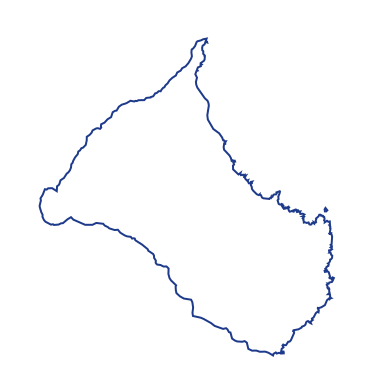 Santo Antonio Das Pombas, Paul, Cabo Verde, rotated 6°
{"feature_id": "66160863B53098387752451", "entity_name": "Santo Antonio Das Pombas", "entity_type": "district", "adm_level": 2, "iso_a3": "CPV", "parent_name": "Cabo Verde", "parent_adm1": "Paul", "projection": "mercator", "projection_center": [-24.994, 17.119], "detail": "fine", "context": "isolated", "style": "outline", "palette": "blue", "viewbox_px": 384, "rotation_deg": 6, "n_neighbors": 0, "source": "geoboundaries", "source_scale": "gbopen_adm2", "svg_char_len": 6048}
<svg xmlns="http://www.w3.org/2000/svg" viewBox="0 0 384 384"><g transform="rotate(6 192 192)"><path d="M42.0,214.2L42.6,216.2L41.9,221.5L42.2,223.0L44.2,227.8L45.8,230.3L45.9,232.3L47.6,235.2L49.4,236.9L55.2,239.2L57.1,238.6L58.2,239.2L62.8,238.3L65.1,236.8L66.9,236.5L71.1,232.1L74.3,229.7L76.9,231.9L89.2,235.8L96.5,235.0L100.0,232.8L107.0,232.9L108.7,234.5L112.0,235.7L113.5,236.8L119.0,237.9L122.2,237.3L125.0,240.0L129.6,242.2L132.0,242.9L135.8,243.0L137.3,244.6L138.9,244.1L140.0,244.3L140.4,245.5L141.2,246.2L147.8,249.5L153.8,253.4L154.7,255.0L159.8,257.7L160.8,259.1L161.2,261.5L163.2,264.0L163.3,266.2L164.0,267.1L165.0,267.8L168.3,267.9L171.5,269.1L174.4,268.7L176.7,270.5L177.1,276.0L178.7,280.1L180.5,282.2L186.0,286.5L185.6,287.8L186.2,291.4L187.1,294.2L190.9,297.0L195.0,298.8L202.4,299.2L203.9,301.7L205.2,306.8L205.1,312.1L205.9,315.2L213.9,316.1L217.0,317.1L224.7,320.4L228.5,322.8L237.2,324.9L240.1,323.9L241.6,324.9L243.4,327.5L244.9,327.7L247.2,333.6L250.1,335.2L252.6,335.9L257.5,335.7L260.0,334.8L262.3,336.1L264.4,342.1L268.3,343.5L272.6,343.0L276.2,343.8L281.6,343.1L284.9,343.9L289.7,346.1L290.0,344.4L292.1,342.8L293.2,343.8L295.4,342.8L297.2,343.4L299.9,342.9L299.5,342.3L300.0,341.8L299.7,341.1L297.3,341.5L297.6,338.6L299.2,337.0L298.0,335.2L298.7,334.2L299.9,334.7L301.5,334.5L303.3,330.9L304.7,330.6L305.8,329.2L308.2,321.8L308.2,320.6L307.1,319.8L307.4,318.9L312.3,317.4L315.1,315.4L315.3,314.5L317.4,313.4L318.6,312.2L319.3,309.3L320.3,308.4L321.3,308.3L322.3,309.5L324.1,310.2L323.4,308.7L325.4,306.7L324.8,306.4L324.5,305.4L326.1,303.9L327.8,299.5L329.4,297.9L330.4,298.4L330.5,296.3L329.3,294.8L329.3,294.1L330.5,294.1L332.7,293.1L336.0,290.6L337.6,285.4L339.0,284.0L340.0,284.4L340.5,283.4L341.5,283.0L340.6,282.6L339.9,283.0L340.4,281.5L339.8,279.2L338.0,279.4L339.3,277.7L338.7,275.9L338.7,274.1L338.3,273.5L337.8,274.1L337.1,273.7L336.6,272.7L336.8,271.8L335.7,270.3L336.7,269.4L336.3,268.8L337.6,268.8L338.0,267.7L340.6,266.8L341.3,265.3L340.5,264.7L341.8,263.7L342.1,262.7L340.7,262.2L339.7,263.2L338.2,263.4L337.6,263.0L338.1,261.6L336.4,257.5L335.0,256.8L332.6,257.6L332.1,256.5L334.0,255.4L332.6,254.4L333.6,253.2L333.6,252.5L335.1,251.4L334.9,251.1L335.6,250.1L335.3,249.0L334.8,248.8L335.8,247.9L336.5,246.2L336.4,244.8L337.4,244.3L338.2,242.8L338.1,240.6L336.9,239.8L336.1,237.7L334.8,237.9L335.1,237.2L334.4,236.2L334.4,235.7L336.0,235.3L337.2,234.3L336.6,233.8L336.8,232.6L335.7,232.5L336.7,231.1L335.4,230.1L336.3,229.2L336.0,221.6L335.1,219.3L333.3,219.4L332.9,219.0L333.9,218.2L333.3,218.1L333.6,214.0L333.1,213.6L333.3,212.3L332.5,211.3L332.7,210.7L332.1,210.4L332.6,209.9L332.1,206.9L330.7,207.4L329.3,206.5L327.2,208.3L327.2,207.2L326.3,206.3L326.7,205.0L326.1,203.1L325.6,203.1L325.1,202.3L324.4,202.5L324.2,202.0L322.9,202.0L322.9,201.5L321.8,201.1L320.9,201.4L320.4,203.0L318.1,205.4L318.4,206.1L318.0,207.8L318.6,209.0L318.3,209.4L317.4,209.9L316.1,209.2L316.5,210.5L315.6,210.0L314.4,210.5L314.2,211.7L313.1,212.1L312.1,211.9L311.1,210.1L309.4,210.8L307.5,210.3L306.4,210.7L305.9,208.2L305.5,208.0L305.6,206.8L305.0,206.6L306.0,204.9L304.5,204.7L305.6,204.1L305.4,203.1L306.0,202.6L304.4,202.0L302.0,202.5L301.5,200.9L301.8,200.0L299.3,200.7L299.9,199.6L299.6,199.3L298.5,200.5L297.7,199.6L298.3,199.0L297.7,198.8L297.3,199.6L296.1,199.2L295.8,199.5L296.4,200.1L295.5,199.8L295.2,200.9L293.9,200.7L294.5,199.8L291.3,201.4L290.6,200.8L289.3,198.4L289.3,197.9L290.2,197.3L289.5,196.5L288.5,197.2L288.6,197.7L287.1,197.6L287.5,198.3L287.1,198.6L285.3,199.1L285.1,198.3L284.4,198.4L283.4,197.1L284.0,197.1L284.7,195.5L284.0,196.2L283.3,195.5L283.4,194.9L282.4,194.5L281.8,195.2L280.3,195.2L279.4,194.7L278.0,191.3L278.8,190.1L278.3,187.6L279.4,183.5L279.0,182.7L279.9,181.7L276.0,183.6L276.4,184.6L275.8,185.6L273.8,185.9L273.0,186.8L272.6,188.2L272.0,188.1L271.7,188.9L271.4,188.4L271.2,189.3L269.8,190.2L269.7,190.8L263.6,190.8L262.1,190.1L261.0,188.0L259.5,187.7L259.5,187.3L258.8,188.1L256.7,187.5L252.6,184.2L251.2,182.5L250.9,180.6L249.8,179.1L249.7,178.0L250.7,177.0L250.4,176.1L250.8,175.4L249.5,175.8L249.1,177.2L247.6,177.4L246.2,175.1L246.5,174.3L245.4,174.8L243.5,173.1L242.8,171.3L244.1,170.7L243.5,170.7L243.7,170.3L242.4,171.1L242.6,169.4L241.3,170.0L241.0,169.5L238.9,170.1L238.6,169.4L237.9,169.3L238.2,168.0L236.4,169.7L230.5,165.2L230.0,161.4L231.0,160.3L229.9,158.1L231.5,157.4L231.1,157.0L232.0,156.2L230.5,156.6L228.7,156.1L228.1,156.7L227.1,154.1L225.4,151.7L219.5,146.6L218.8,144.2L218.9,140.5L220.0,140.6L219.9,139.1L220.4,138.0L219.0,138.2L218.4,137.3L217.6,137.3L216.3,134.7L212.9,130.8L206.6,127.1L200.2,118.3L199.2,114.1L199.7,104.1L198.9,101.4L197.8,99.5L195.0,97.5L186.4,87.6L185.0,84.8L184.4,82.1L185.0,77.7L183.0,74.5L183.8,71.2L184.9,70.7L184.2,70.1L184.8,67.5L187.6,66.0L187.2,65.0L188.3,64.2L187.2,63.6L187.1,63.0L190.2,60.2L190.7,58.8L190.6,55.4L190.1,55.3L190.0,54.4L188.7,53.4L188.5,50.8L187.4,49.9L187.0,47.5L187.3,45.4L189.0,43.9L189.8,41.3L191.5,41.7L191.2,40.9L189.8,40.6L190.5,37.9L187.2,38.9L185.0,40.3L181.7,41.5L180.9,42.4L179.8,46.5L178.1,49.2L176.8,50.3L176.8,53.2L177.7,57.0L177.2,59.3L175.0,64.1L172.5,67.7L169.3,69.9L168.0,72.5L164.8,74.7L163.8,77.8L160.6,80.4L158.0,83.3L156.4,86.5L154.4,88.7L153.6,90.7L152.5,91.3L151.0,93.4L150.3,95.1L148.4,95.2L146.5,97.3L145.1,97.7L143.5,100.8L141.1,101.9L141.0,102.3L136.7,103.2L134.9,105.6L129.2,106.3L127.7,107.3L126.1,107.3L125.2,108.0L121.3,107.7L117.4,110.6L113.0,112.5L110.4,114.8L108.5,118.9L107.0,119.3L104.8,120.9L103.7,126.0L100.4,128.5L97.7,132.2L94.6,134.1L94.5,136.0L95.0,137.4L94.0,138.8L91.6,138.4L90.1,138.8L86.7,141.1L85.9,143.6L84.3,145.8L81.6,148.1L81.9,151.7L81.4,156.3L78.9,159.4L77.5,159.9L76.2,162.4L74.7,163.6L74.4,166.3L72.1,169.8L70.6,173.4L70.2,175.5L69.1,176.9L69.1,180.3L68.3,183.2L66.9,185.5L65.5,186.8L63.2,191.4L60.0,194.1L59.3,197.8L58.6,199.2L57.2,200.4L57.4,205.3L52.5,202.8L48.5,203.4L47.2,204.8L45.4,204.6L43.9,210.2L42.0,214.2ZM328.5,196.0L326.4,193.9L325.7,195.4L326.2,197.4L327.5,197.3L328.5,196.0Z" fill="none" stroke="#1e3a8a" stroke-width="2"/></g></svg>